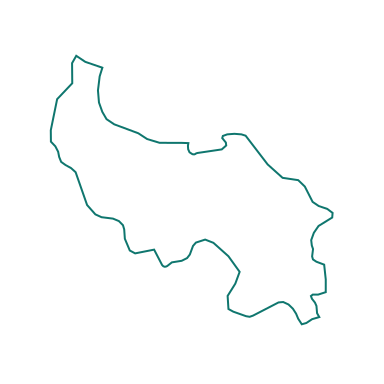 the border of Como, rotated 281°
{"feature_id": "ITA-5452", "entity_name": "Como", "entity_type": "Province", "adm_level": 1, "iso_a3": "ITA", "parent_name": "Italy", "parent_adm1": "", "projection": "robinson", "projection_center": [9.13, 45.942], "detail": "fine", "context": "isolated", "style": "outline", "palette": "teal", "viewbox_px": 384, "rotation_deg": 281, "n_neighbors": 0, "source": "natural_earth", "source_scale": "10m", "svg_char_len": 1520}
<svg xmlns="http://www.w3.org/2000/svg" viewBox="0 0 384 384"><g transform="rotate(281 192 192)"><path d="M84.1,250.1L96.8,246.8L110.3,252.0L122.7,254.0L135.9,240.0L146.2,222.7L147.8,214.0L143.1,205.5L139.3,203.3L130.2,201.8L126.2,199.8L122.5,195.0L119.1,185.7L114.6,181.8L113.7,180.5L113.4,179.2L113.7,177.9L114.6,176.6L128.2,165.8L120.9,147.9L122.7,142.1L133.3,135.0L142.3,132.6L146.2,130.6L149.5,125.8L150.8,119.5L150.0,108.0L151.6,101.4L159.2,91.5L189.2,74.0L189.4,73.7L192.4,68.7L194.3,62.8L196.6,57.8L201.1,54.9L206.0,52.9L210.8,49.1L214.5,43.9L225.7,41.6L257.4,41.9L275.9,53.7L295.6,49.7L303.6,52.4L299.4,62.4L296.9,80.3L287.9,79.3L278.2,80.0L273.8,80.3L262.1,83.6L253.5,88.7L247.2,94.2L243.6,102.7L239.4,128.1L235.4,137.9L234.1,150.9L238.1,171.5L239.3,179.1L236.5,179.2L233.2,180.1L230.5,182.0L229.2,185.2L229.3,186.9L229.8,187.8L230.6,188.6L231.3,189.8L239.5,213.1L244.2,216.7L247.0,215.8L250.7,211.4L252.9,211.6L255.3,215.6L257.2,222.5L258.0,229.5L257.5,233.9L233.5,261.0L223.2,278.2L223.9,294.0L218.9,301.7L205.3,312.3L202.4,319.1L201.2,328.0L198.3,334.0L193.7,334.5L182.8,322.7L175.2,319.4L167.5,318.2L162.4,319.8L159.1,321.7L151.7,322.2L148.9,323.6L147.3,327.4L145.9,335.6L131.6,340.0L119.2,342.4L115.3,335.3L114.3,330.1L112.6,328.6L110.1,330.1L106.9,333.8L103.9,335.9L96.9,337.9L93.5,340.8L90.1,334.2L85.2,329.2L83.1,325.0L87.9,320.4L92.4,317.4L96.7,313.3L100.0,308.2L101.4,302.5L100.1,298.0L82.3,275.5L80.5,272.4L80.4,268.8L82.4,255.4L84.1,250.1Z" fill="none" stroke="#0f766e" stroke-width="2"/></g></svg>